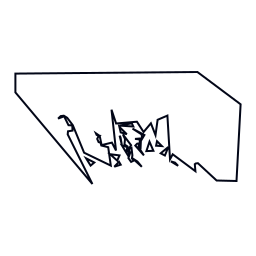 Kikori District, Gulf, Papua New Guinea (Robinson projection)
{"feature_id": "67681753B67388913989028", "entity_name": "Kikori District", "entity_type": "district", "adm_level": 2, "iso_a3": "PNG", "parent_name": "Papua New Guinea", "parent_adm1": "Gulf", "projection": "robinson", "projection_center": [144.53, -7.347], "detail": "medium", "context": "isolated", "style": "outline", "palette": "ink", "viewbox_px": 256, "rotation_deg": 0, "n_neighbors": 0, "source": "geoboundaries", "source_scale": "gbopen_adm2", "svg_char_len": 1685}
<svg xmlns="http://www.w3.org/2000/svg" viewBox="0 0 256 256"><path d="M197.4,72.0L15.4,73.6L15.4,92.4L92.4,184.0L67.7,134.4L68.0,131.3L72.5,130.6L72.3,125.4L68.5,125.2L64.1,116.3L58.1,118.6L60.7,116.1L63.8,115.7L67.2,117.8L72.8,125.2L84.1,152.7L110.8,165.6L108.2,147.2L101.3,145.5L100.5,142.6L98.6,142.1L97.2,138.9L98.2,136.9L99.4,135.8L98.3,135.7L96.6,134.9L95.9,133.3L99.7,135.9L101.6,145.1L111.9,142.6L116.0,150.5L111.5,109.7L116.1,123.5L136.9,121.7L143.6,132.0L150.9,123.3L155.5,135.1L157.6,119.8L167.4,115.6L170.0,159.3L172.7,154.3L195.4,171.2L194.8,164.2L195.7,163.5L197.9,163.2L216.6,180.5L236.5,181.0L240.6,104.3L197.4,72.0ZM168.3,147.0L160.7,153.3L164.9,155.5L168.3,147.0ZM144.4,135.0L132.5,128.6L141.6,134.4L142.2,138.7L144.4,135.0ZM131.8,123.3L119.4,125.6L133.3,126.5L131.8,123.3ZM131.1,145.2L122.9,134.4L125.0,139.0L124.5,144.5L127.6,146.5L127.6,150.7L131.1,145.2ZM119.5,155.4L110.1,154.2L117.2,160.6L119.5,155.4ZM153.4,150.8L149.5,141.7L146.4,151.1L153.4,150.8ZM132.4,155.4L131.5,147.9L128.7,149.3L130.2,152.7L128.4,158.1L131.1,161.9L134.1,160.4L131.9,158.5L132.4,155.4ZM90.6,165.6L94.3,162.5L86.1,158.3L90.6,165.6ZM137.1,143.7L135.3,145.6L143.9,155.4L138.4,146.9L139.4,143.3L137.1,143.7ZM141.0,138.4L135.0,138.9L139.6,139.4L140.5,149.2L141.0,138.4ZM137.4,161.5L132.6,158.4L141.8,166.8L137.4,161.5ZM119.0,161.8L114.3,166.7L120.7,164.7L119.0,161.8ZM156.1,145.7L161.9,146.1L157.0,141.2L156.1,145.7ZM127.4,147.1L121.9,145.4L127.9,155.3L129.4,152.6L126.6,150.6L127.4,147.1ZM121.8,144.6L120.5,137.3L119.6,135.7L121.8,144.6ZM126.8,134.2L119.4,126.9L120.7,132.4L126.8,134.2ZM175.0,162.6L170.9,161.4L178.1,165.8L175.0,162.6Z" fill="none" stroke="#020617" stroke-width="2"/></svg>